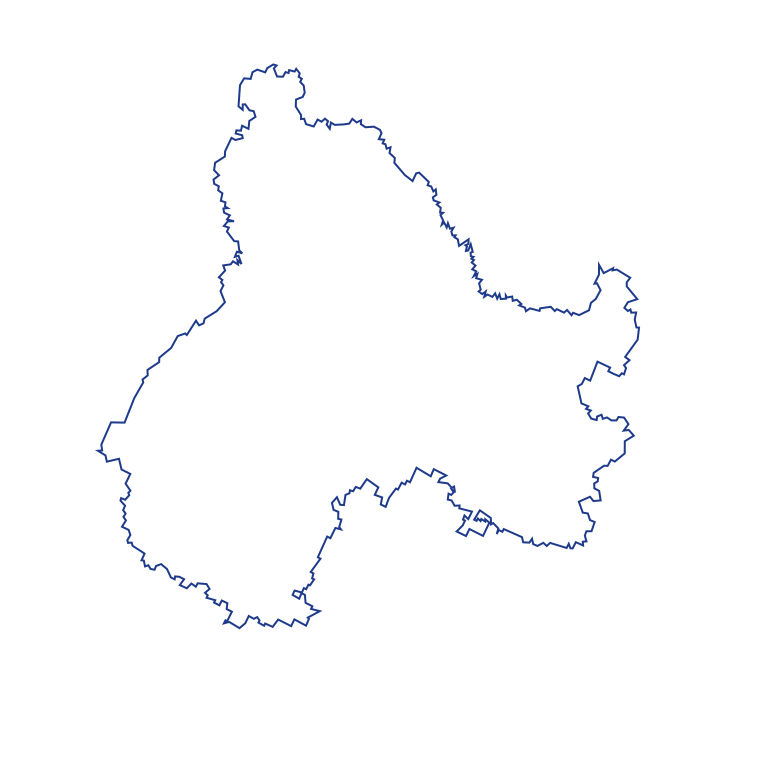 Upper Lachlan, New South Wales, Australia (Mercator projection), rotated 17°
{"feature_id": "25037944B54834386088268", "entity_name": "Upper Lachlan", "entity_type": "district", "adm_level": 2, "iso_a3": "AUS", "parent_name": "Australia", "parent_adm1": "New South Wales", "projection": "mercator", "projection_center": [149.525, -34.419], "detail": "fine", "context": "isolated", "style": "outline", "palette": "blue", "viewbox_px": 768, "rotation_deg": 17, "n_neighbors": 0, "source": "geoboundaries", "source_scale": "gbopen_adm2", "svg_char_len": 6165}
<svg xmlns="http://www.w3.org/2000/svg" viewBox="0 0 768 768"><g transform="rotate(17 384 384)"><path d="M207.9,108.3L207.2,111.3L201.5,111.6L201.8,114.5L198.7,114.5L197.5,119.7L191.8,121.2L186.4,114.4L188.1,110.8L184.7,110.8L180.0,116.0L179.3,120.7L170.9,120.4L167.1,124.3L167.3,131.2L160.9,132.6L158.9,140.3L163.7,161.0L168.7,163.1L167.2,158.0L169.5,157.1L175.3,161.6L179.6,161.2L183.0,166.1L178.3,171.8L179.8,179.6L172.8,178.5L173.1,183.6L168.7,184.6L168.9,187.8L175.7,187.6L177.0,190.2L170.5,194.1L166.2,193.2L164.0,207.9L165.3,213.0L157.8,221.8L159.0,229.2L165.2,232.6L161.2,238.3L163.1,242.2L168.2,243.2L168.8,247.3L173.7,248.9L174.4,256.5L179.3,256.6L179.9,260.6L183.1,261.5L179.1,263.1L181.0,266.9L187.3,267.8L185.8,272.5L193.0,272.2L187.1,274.1L184.7,279.7L189.9,279.8L189.2,284.1L199.0,291.2L202.8,290.3L206.5,298.5L210.3,300.5L204.7,300.5L204.2,306.0L207.4,303.9L212.6,310.9L207.6,308.4L209.5,312.4L203.7,310.8L202.4,314.4L195.6,317.6L198.9,322.0L194.9,330.3L199.0,331.7L198.4,334.3L201.6,336.6L200.5,343.0L208.0,352.3L202.7,363.3L193.4,373.9L193.7,378.7L190.0,382.0L185.7,378.4L181.1,394.8L179.1,393.8L172.7,398.5L169.9,411.7L161.4,424.6L162.6,428.8L153.7,439.7L155.5,444.9L151.8,450.3L153.3,452.9L149.3,470.6L147.2,496.8L134.2,500.5L131.4,524.7L133.9,529.9L130.0,531.5L138.5,533.7L141.7,539.3L152.4,533.0L158.0,542.5L167.7,544.2L166.0,554.8L172.7,560.2L171.3,562.8L172.9,564.9L170.3,570.4L166.0,570.0L166.1,572.6L172.0,576.1L171.4,580.9L174.8,583.4L173.7,587.2L177.1,589.9L175.2,597.1L182.5,598.2L185.6,602.6L184.2,608.4L185.7,610.8L189.1,609.4L190.8,612.2L204.6,616.2L203.7,623.5L206.0,623.1L208.8,628.3L211.7,626.2L214.8,629.1L218.9,628.7L219.2,624.7L223.5,621.4L230.6,624.4L236.8,631.3L240.9,632.0L240.5,629.1L244.6,628.2L249.9,629.1L247.5,636.0L255.1,637.0L258.2,631.1L263.3,632.9L264.1,629.1L272.8,627.2L277.1,631.0L273.9,636.0L277.2,637.6L276.8,640.3L285.8,640.1L285.4,642.7L291.3,643.8L292.2,638.5L298.3,639.4L299.4,645.3L305.1,646.2L303.4,656.5L301.5,656.3L300.9,659.7L305.5,656.8L317.2,659.7L321.3,653.4L322.5,645.4L328.2,646.6L330.9,644.0L334.1,646.5L333.7,648.9L340.1,650.2L340.4,647.8L348.5,648.8L351.7,640.2L366.0,642.7L367.1,635.3L380.1,637.9L380.9,630.5L379.4,629.7L389.0,620.0L380.0,620.4L380.5,617.5L373.0,616.2L370.0,608.8L366.2,608.1L365.7,614.1L358.3,612.4L358.9,607.7L366.4,607.4L367.1,602.6L369.6,603.0L370.4,598.0L372.1,598.2L374.3,591.3L372.1,590.9L371.9,585.8L368.9,585.2L374.3,569.6L371.4,569.0L374.3,546.5L377.8,547.1L379.6,535.9L385.3,535.6L383.0,533.9L382.9,526.1L379.6,526.3L377.7,519.6L372.6,519.1L369.0,512.9L372.1,506.0L377.4,512.3L381.1,511.5L379.6,501.3L382.9,498.6L382.5,495.6L385.8,495.6L387.1,490.7L391.9,491.0L395.4,480.0L408.8,484.5L407.6,492.7L415.4,493.0L416.1,500.1L421.5,501.0L422.1,491.5L426.0,480.5L428.2,480.9L429.7,473.2L433.5,473.9L434.2,469.8L437.6,470.3L439.6,454.6L455.7,458.6L456.5,450.9L470.3,453.3L465.3,458.1L464.7,461.9L474.0,460.4L479.3,463.5L481.0,461.6L483.0,465.8L480.1,465.4L482.3,467.2L480.7,470.4L477.8,470.0L478.8,475.9L482.7,475.6L487.1,479.8L491.8,478.1L492.4,480.9L505.4,480.3L504.1,488.6L499.4,486.2L499.2,490.6L501.4,490.9L500.6,496.3L496.6,503.8L506.9,505.4L508.1,497.7L523.1,500.3L525.3,485.8L520.4,483.7L521.0,485.9L516.5,484.7L516.4,486.8L513.1,485.2L512.5,487.8L509.9,487.4L512.6,476.8L525.3,480.9L527.4,486.9L529.1,485.1L535.6,488.7L535.7,494.6L536.4,490.1L540.4,490.7L540.9,487.7L560.7,490.1L563.4,494.7L569.4,493.2L570.8,488.7L573.5,493.5L578.1,494.0L582.8,489.3L587.0,491.3L589.3,487.4L606.6,487.4L607.4,482.8L610.3,486.6L612.5,486.1L613.7,479.2L621.6,480.2L620.2,476.7L623.6,475.3L620.4,470.2L620.6,465.7L625.5,464.1L625.8,454.4L620.8,453.9L616.8,448.2L611.7,448.9L604.8,439.6L614.0,431.6L618.5,434.7L625.2,432.0L621.0,423.3L615.7,422.3L614.1,417.7L616.8,414.7L616.3,411.3L611.1,411.7L610.5,407.6L618.4,397.8L621.8,396.9L623.2,390.0L627.4,390.7L634.5,380.0L631.0,368.3L638.0,360.4L631.5,356.4L626.9,358.5L629.5,350.9L623.4,345.9L617.9,347.0L617.0,350.8L612.1,352.3L607.0,350.8L603.4,353.3L601.0,349.8L597.3,352.8L597.9,356.3L592.3,356.5L587.8,352.5L589.5,348.9L584.5,348.7L585.9,345.6L578.5,344.8L569.9,329.6L573.2,326.0L574.3,319.6L580.2,320.5L581.6,300.2L595.4,302.2L594.8,306.2L600.9,307.2L606.6,307.8L608.3,304.2L610.7,304.6L610.8,298.0L608.0,295.8L611.8,289.4L606.7,287.6L613.6,267.4L611.4,255.5L608.9,256.1L605.0,249.2L604.2,241.9L599.6,243.5L597.9,240.7L595.9,242.9L591.6,240.9L593.3,234.5L601.4,228.8L587.6,219.7L586.4,215.8L588.4,210.4L573.2,206.5L569.4,208.5L569.2,206.3L561.7,213.7L554.8,207.2L557.6,216.6L556.0,226.5L558.2,225.4L563.7,231.0L561.6,240.9L558.2,245.9L558.5,253.5L550.4,261.1L544.0,260.6L543.2,263.4L537.4,259.7L535.3,263.1L527.4,261.9L526.0,264.3L520.9,261.4L511.2,266.0L511.4,268.6L501.5,269.0L498.5,272.9L496.4,269.7L490.3,269.3L491.9,267.3L486.4,264.6L482.8,266.8L481.0,262.9L476.4,265.3L474.6,263.7L475.6,266.8L470.8,268.6L468.2,264.4L467.3,269.3L463.8,264.8L462.2,269.0L456.8,268.2L454.4,271.3L454.2,265.8L451.6,269.3L447.5,267.8L448.9,265.5L445.5,259.9L447.2,255.7L441.2,255.9L441.1,251.3L438.3,254.6L439.3,249.3L434.9,248.5L436.9,244.0L432.4,242.2L433.7,239.1L431.0,238.7L432.4,236.3L429.7,236.4L428.4,233.1L430.2,231.7L426.1,225.0L425.5,231.7L423.4,232.8L423.1,228.2L421.3,227.5L423.8,225.4L422.6,220.9L415.4,230.0L412.3,224.1L408.4,223.0L409.0,220.9L406.0,221.9L403.8,218.5L404.8,214.2L401.7,216.2L398.1,211.5L398.2,216.0L394.3,212.0L392.7,214.7L392.7,210.3L388.6,205.9L390.4,203.1L387.5,203.6L386.7,198.8L382.0,196.9L383.9,194.2L377.8,193.9L376.2,191.2L378.8,187.8L376.6,182.8L374.9,185.4L371.4,181.3L367.6,181.2L367.8,177.7L355.8,171.6L353.2,173.1L352.0,181.6L342.9,178.1L329.2,169.4L328.3,164.7L321.8,161.6L321.0,155.7L317.7,158.2L315.3,154.3L312.4,154.3L312.8,150.3L307.5,151.4L308.3,144.8L305.7,142.1L299.1,140.9L291.2,143.9L285.9,142.3L285.0,138.5L281.3,141.9L276.2,139.7L274.7,145.1L269.4,147.6L261.1,150.6L256.8,149.5L257.5,155.8L253.3,152.7L253.7,149.1L250.0,147.5L247.6,151.4L243.2,150.5L241.5,158.3L233.5,158.3L230.1,153.7L227.2,154.9L226.1,151.1L218.5,144.5L216.7,137.7L222.3,133.3L223.0,128.6L219.9,122.0L215.5,119.6L216.2,116.2L212.6,115.2L212.6,111.6L207.9,108.3Z" fill="none" stroke="#1e3a8a" stroke-width="2"/></g></svg>